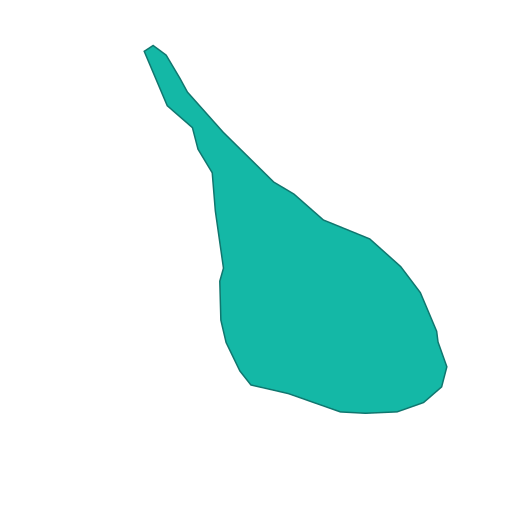 Tamatam, Federated States of Micronesia, rotated 225°
{"feature_id": "79324940B81673717572020", "entity_name": "Tamatam", "entity_type": "district", "adm_level": 2, "iso_a3": "FSM", "parent_name": "Federated States of Micronesia", "parent_adm1": "", "projection": "orthographic", "projection_center": [149.414, 7.539], "detail": "fine", "context": "isolated", "style": "filled", "palette": "teal", "viewbox_px": 512, "rotation_deg": 225, "n_neighbors": 0, "source": "geoboundaries", "source_scale": "gbopen_adm2", "svg_char_len": 558}
<svg xmlns="http://www.w3.org/2000/svg" viewBox="0 0 512 512"><g transform="rotate(225 256 256)"><path d="M86.1,205.4L67.4,222.2L46.0,245.6L33.9,270.9L32.2,294.7L42.7,312.6L66.5,323.9L75.0,330.5L113.9,346.3L146.1,350.8L187.6,348.5L233.8,329.1L272.9,326.6L295.7,320.8L366.8,320.3L420.4,323.4L435.3,327.8L461.6,334.5L477.6,332.1L479.8,321.7L425.0,299.5L391.7,301.8L372.5,290.5L345.8,283.9L316.6,259.1L270.4,224.4L263.8,212.6L235.5,185.8L216.0,173.7L186.1,163.3L168.4,161.2L135.8,181.6L86.1,205.4Z" fill="#14b8a6" stroke="#0f766e" stroke-width="1.5"/></g></svg>